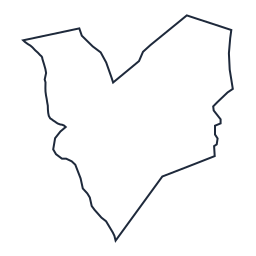 Tourat/Soucis, Anse-la-Raye, Saint Lucia (Equal Earth projection)
{"feature_id": "8701671B19273401931572", "entity_name": "Tourat/Soucis", "entity_type": "district", "adm_level": 2, "iso_a3": "LCA", "parent_name": "Saint Lucia", "parent_adm1": "Anse-la-Raye", "projection": "equal_earth", "projection_center": [-60.999, 13.973], "detail": "fine", "context": "isolated", "style": "outline", "palette": "slate", "viewbox_px": 256, "rotation_deg": 0, "n_neighbors": 0, "source": "geoboundaries", "source_scale": "gbopen_adm2", "svg_char_len": 1078}
<svg xmlns="http://www.w3.org/2000/svg" viewBox="0 0 256 256"><path d="M186.8,15.4L150.4,45.1L143.0,51.8L139.0,61.1L113.1,82.5L111.6,77.8L106.2,62.5L100.7,52.4L92.7,46.4L81.8,35.7L79.3,28.4L23.2,40.3L24.9,41.9L27.9,44.1L30.4,45.6L32.5,47.4L35.2,50.3L37.9,52.7L40.1,55.1L41.4,56.2L42.1,57.3L42.4,58.9L42.9,60.6L44.1,64.5L45.4,69.1L46.1,73.0L44.7,79.5L45.5,82.3L45.4,88.2L45.5,91.6L46.0,95.4L46.7,99.0L47.2,102.4L47.8,105.7L47.9,109.5L48.2,112.9L48.8,115.9L50.2,118.4L51.7,119.3L53.2,120.5L55.1,121.7L56.3,122.6L57.7,123.5L60.3,124.5L62.0,124.7L64.0,125.5L65.7,127.0L60.4,131.5L55.1,138.2L53.2,149.4L56.0,154.2L62.0,158.7L66.2,158.7L71.7,161.3L75.3,164.7L80.6,178.4L82.8,188.5L87.3,193.4L89.8,197.5L91.7,206.0L94.5,209.8L101.4,217.6L106.1,221.3L112.8,232.5L114.4,235.8L115.6,240.6L162.3,176.5L194.3,164.1L214.7,156.1L214.1,146.1L216.7,144.4L217.6,138.5L215.0,134.5L215.0,125.7L220.6,123.4L220.6,119.3L213.7,110.5L213.2,106.4L217.2,102.3L227.6,92.4L232.8,88.9L229.7,69.6L228.9,53.3L230.2,38.1L231.3,30.0L197.4,18.9L186.8,15.4Z" fill="none" stroke="#1e293b" stroke-width="2"/></svg>